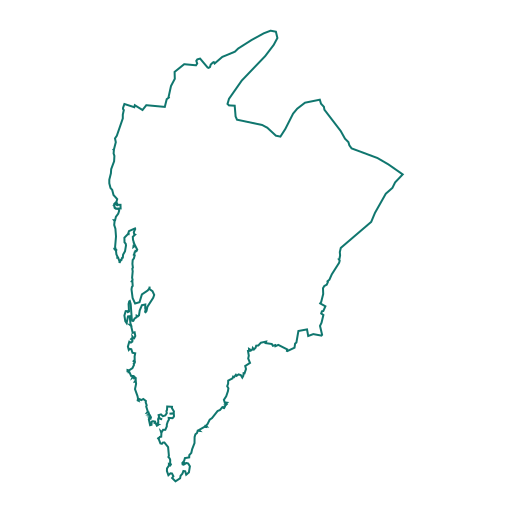 outline of Rygge nor, Østfold, Norway
{"feature_id": "86288312B33808129410619", "entity_name": "Rygge nor", "entity_type": "district", "adm_level": 2, "iso_a3": "NOR", "parent_name": "Norway", "parent_adm1": "Østfold", "projection": "mercator", "projection_center": [10.691, 59.372], "detail": "fine", "context": "isolated", "style": "outline", "palette": "teal", "viewbox_px": 512, "rotation_deg": 0, "n_neighbors": 0, "source": "geoboundaries", "source_scale": "gbopen_adm2", "svg_char_len": 6070}
<svg xmlns="http://www.w3.org/2000/svg" viewBox="0 0 512 512"><path d="M319.8,99.7L305.0,102.7L297.2,108.7L293.1,113.6L285.3,129.0L280.4,136.6L275.9,135.7L267.4,127.8L262.2,125.0L237.0,119.7L235.6,116.5L234.7,105.7L229.0,105.4L227.5,103.9L229.0,98.8L241.8,80.5L265.2,56.1L273.7,44.9L277.4,38.0L275.9,31.7L270.6,30.7L263.8,33.3L251.4,40.1L238.2,48.5L234.9,51.7L222.3,56.9L214.6,63.5L213.8,62.1L212.9,62.5L210.7,64.6L210.0,67.0L208.6,67.9L207.6,67.5L200.1,58.6L197.3,59.4L196.3,60.9L197.2,63.5L196.0,65.3L184.2,64.2L174.6,71.9L174.8,78.8L171.0,86.0L168.6,96.9L168.9,97.5L166.7,99.2L164.8,106.9L146.3,105.2L142.5,110.0L134.8,105.2L134.3,107.2L124.4,104.0L123.1,107.7L123.0,108.9L123.8,110.1L122.8,114.7L122.8,118.4L116.8,135.8L115.0,138.4L115.8,142.2L114.0,149.2L113.5,149.6L113.9,150.0L113.6,153.5L114.4,155.9L114.1,161.3L111.2,169.1L110.9,173.3L109.3,179.7L109.3,183.3L110.5,188.0L112.2,189.9L113.5,195.0L117.2,199.1L116.4,202.1L116.7,203.0L115.4,204.1L117.1,203.8L117.1,206.0L117.5,204.8L120.5,204.8L120.6,208.5L116.4,208.6L114.8,207.7L114.4,206.2L114.8,203.4L114.2,204.0L114.1,205.6L114.7,208.0L116.0,208.8L118.5,208.9L119.2,210.7L118.2,213.7L115.9,216.8L115.1,220.2L114.0,220.2L114.6,221.0L114.2,225.0L115.4,228.7L116.0,236.5L115.1,247.0L115.5,248.5L114.9,248.6L115.8,249.5L115.0,249.6L116.0,250.8L116.4,254.4L117.3,256.3L117.3,257.7L118.1,257.6L119.5,261.4L119.5,262.9L121.2,259.3L121.2,260.7L122.0,258.0L122.8,257.7L123.1,254.6L125.0,251.3L126.0,245.4L125.7,243.7L124.5,242.3L124.4,237.7L128.0,234.0L129.5,234.4L128.1,233.7L129.0,231.1L135.0,228.4L135.2,229.0L133.8,232.2L134.2,234.2L135.1,234.6L132.8,236.8L133.0,239.8L133.9,242.7L132.8,243.0L133.9,242.7L134.7,244.9L133.6,245.4L133.4,247.0L135.2,245.7L137.2,249.6L136.1,251.2L134.5,250.6L136.1,251.2L134.6,252.3L134.3,254.6L133.1,254.4L134.7,255.4L133.9,258.4L132.7,260.0L132.4,263.9L132.9,267.6L132.3,268.7L132.7,271.3L132.1,277.7L132.6,279.9L131.7,281.4L132.4,281.6L132.7,285.9L131.9,287.0L131.5,289.3L132.6,298.0L135.1,303.5L139.5,302.2L141.9,294.4L147.7,290.5L149.4,288.3L149.6,286.6L149.5,289.1L152.5,291.2L154.2,294.9L153.2,297.8L147.4,306.8L146.5,311.0L145.6,312.2L145.1,311.8L145.6,309.6L145.2,308.3L145.3,304.5L141.9,305.2L139.7,310.5L139.0,315.3L137.9,316.3L136.6,315.6L136.5,317.3L134.6,318.5L133.3,320.9L132.4,320.9L131.8,319.4L130.7,304.1L129.8,301.0L129.2,301.4L128.6,304.0L129.0,311.5L127.8,312.1L127.2,311.1L125.7,311.1L124.4,315.5L125.3,321.2L126.6,323.1L128.0,316.4L129.7,316.2L130.4,323.3L131.1,325.3L130.2,325.1L131.1,325.9L132.7,332.8L134.6,332.3L135.3,336.0L134.1,338.4L133.0,338.2L133.0,337.4L132.5,336.7L132.6,337.6L131.1,339.1L132.5,340.2L132.3,341.6L130.9,342.6L129.3,341.7L127.9,346.6L128.8,349.9L129.7,348.9L131.3,349.2L132.5,352.8L135.2,353.3L134.6,356.4L134.7,360.4L133.8,360.7L133.1,361.9L134.2,360.9L134.9,361.6L134.8,362.7L133.7,363.7L134.0,364.9L132.4,368.2L129.0,370.4L127.5,370.0L127.5,372.2L127.8,370.7L128.9,370.6L128.7,372.3L129.5,372.3L131.1,375.9L133.0,376.0L132.4,377.6L133.9,376.4L135.3,377.7L133.2,378.4L135.6,378.4L135.8,381.1L134.8,381.4L134.7,381.7L135.8,381.4L136.1,383.8L135.0,389.1L137.5,396.1L138.0,398.5L137.7,400.4L138.4,400.7L137.9,399.6L138.2,399.0L139.3,399.2L138.8,400.4L139.6,399.2L141.2,400.1L143.3,399.0L145.9,401.0L145.7,402.4L146.7,405.3L146.2,406.5L147.8,411.6L147.0,412.7L148.5,412.4L149.2,414.4L148.4,414.8L149.8,415.1L150.6,416.7L149.6,417.0L150.9,417.5L150.5,418.7L149.3,418.2L148.8,419.2L150.1,425.2L151.5,424.8L151.6,421.7L152.9,421.2L155.1,421.6L155.3,422.5L154.8,423.0L155.8,423.5L156.9,425.7L157.7,425.2L157.2,424.5L158.5,424.3L157.4,423.6L158.3,422.2L158.1,419.1L158.5,418.2L162.1,419.4L159.3,418.0L158.6,415.1L161.0,414.4L162.9,416.2L165.3,415.4L166.8,413.1L166.4,411.1L167.0,410.0L167.2,406.5L172.0,406.8L171.9,408.1L173.9,411.4L173.7,413.3L169.5,413.7L173.8,413.6L174.0,416.2L173.4,417.3L172.5,418.2L168.7,417.9L168.9,419.7L167.8,421.5L166.8,424.6L166.8,426.4L165.3,429.8L163.1,429.8L161.7,432.2L160.8,431.3L161.4,433.4L161.2,436.7L159.8,436.9L158.7,438.6L157.5,437.7L158.8,439.2L160.4,443.4L161.9,443.8L162.9,442.6L164.4,442.5L168.1,447.1L168.9,455.7L168.4,457.0L169.7,458.5L170.2,460.0L170.1,462.9L170.9,464.5L170.1,465.5L168.9,464.4L168.9,465.6L167.0,468.4L166.9,471.0L168.4,475.2L170.5,473.3L172.0,473.5L173.4,476.3L172.1,478.0L175.5,481.3L180.1,478.3L180.6,475.7L182.4,473.7L183.4,471.0L185.2,471.3L186.2,474.7L188.9,472.4L189.9,466.3L188.2,463.5L186.5,463.0L183.6,464.7L182.6,464.4L182.4,463.2L184.2,462.7L183.1,462.1L184.2,460.7L184.9,458.1L189.2,457.4L189.3,455.1L191.3,452.9L192.1,449.3L194.5,443.1L194.6,437.0L195.4,434.3L197.0,433.0L197.7,430.7L199.7,430.9L198.8,430.1L204.4,426.9L205.9,427.0L205.6,426.1L206.6,426.3L206.0,425.6L207.5,424.1L209.7,419.7L212.0,418.1L217.6,411.0L220.0,410.0L222.4,407.1L223.8,407.6L223.8,408.9L224.5,407.0L225.5,407.4L224.3,406.6L226.5,404.4L225.3,404.0L226.9,402.7L224.7,402.4L223.9,399.8L226.2,396.3L227.9,391.3L228.4,388.3L227.2,386.2L228.1,383.7L228.2,380.6L232.5,378.4L233.1,376.6L234.1,377.1L235.9,374.8L236.6,375.8L238.6,374.4L240.8,375.1L242.3,377.6L243.3,375.8L243.6,373.2L244.5,373.4L246.0,369.0L245.2,366.0L250.0,362.9L248.2,358.5L248.8,355.7L248.0,351.0L249.1,350.9L249.0,348.9L249.5,349.2L249.5,350.3L250.2,349.8L250.8,350.6L252.4,349.5L252.8,348.0L253.9,349.5L255.6,347.7L256.2,345.7L258.3,345.5L260.9,342.7L266.1,341.6L265.6,343.1L271.8,344.0L272.9,345.8L275.2,345.1L275.4,346.2L278.3,344.9L287.2,349.4L286.9,350.9L287.3,351.1L294.5,347.7L295.1,343.6L296.4,342.5L298.4,331.0L307.0,329.4L308.2,336.0L313.3,334.1L321.4,335.6L322.1,334.8L320.0,325.9L321.5,322.8L323.4,315.0L321.2,313.5L321.9,311.3L323.3,311.0L325.4,306.3L320.2,303.4L321.2,301.9L323.2,294.0L323.0,288.2L324.3,286.0L326.7,284.7L327.9,282.0L327.5,281.3L329.4,279.7L331.8,274.3L339.1,262.8L339.7,260.7L338.8,259.3L339.4,259.1L340.1,255.4L339.8,252.1L340.8,247.9L371.2,221.9L375.0,212.8L385.8,193.7L392.4,187.9L395.1,182.4L402.7,174.4L388.4,164.4L377.4,158.0L351.6,148.4L349.4,145.4L348.4,142.1L345.0,138.7L340.7,131.0L324.4,109.7L323.9,106.8L321.0,103.7L319.8,99.7Z" fill="none" stroke="#0f766e" stroke-width="2"/></svg>